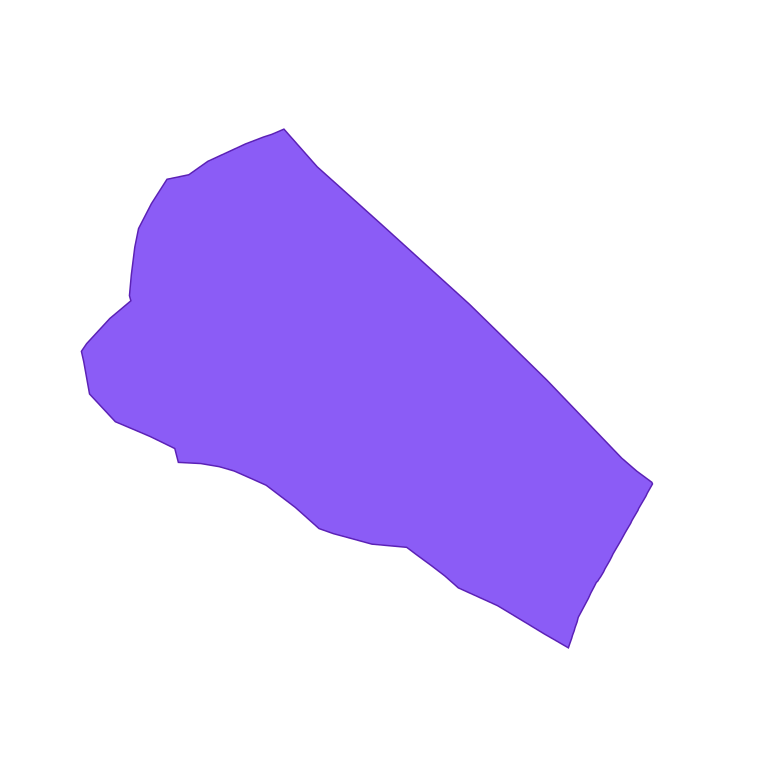 Reduit Orchard, Gros Islet, Saint Lucia, rotated 120°
{"feature_id": "8701671B13742843200127", "entity_name": "Reduit Orchard", "entity_type": "district", "adm_level": 2, "iso_a3": "LCA", "parent_name": "Saint Lucia", "parent_adm1": "Gros Islet", "projection": "equal_earth", "projection_center": [-60.953, 14.066], "detail": "fine", "context": "isolated", "style": "filled", "palette": "violet", "viewbox_px": 768, "rotation_deg": 120, "n_neighbors": 0, "source": "geoboundaries", "source_scale": "gbopen_adm2", "svg_char_len": 1168}
<svg xmlns="http://www.w3.org/2000/svg" viewBox="0 0 768 768"><g transform="rotate(120 384 384)"><path d="M335.2,102.9L333.1,121.5L329.3,141.3L299.3,244.6L288.2,287.8L284.4,302.4L272.2,350.0L247.9,462.3L243.0,485.4L241.1,494.3L229.3,550.5L213.3,598.1L224.0,606.1L230.3,611.8L245.2,623.9L279.2,647.9L300.4,657.7L315.2,674.3L344.0,675.6L372.1,674.3L390.2,668.2L415.8,657.4L434.8,648.6L438.5,644.8L464.3,654.2L497.7,661.7L507.0,662.4L514.8,655.2L539.9,634.0L551.0,597.8L546.4,560.3L544.5,532.9L554.7,522.9L544.5,502.9L538.0,485.4L534.3,470.4L532.4,452.9L530.6,435.5L535.2,399.2L541.7,368.0L538.9,353.0L528.7,314.3L514.1,282.7L515.5,271.3L517.8,250.6L519.8,235.4L523.4,217.7L519.2,174.9L519.8,143.2L520.3,120.4L520.3,95.1L520.3,92.4L516.4,93.2L510.4,94.3L507.3,95.1L502.6,95.9L499.6,96.7L493.5,97.8L489.0,99.1L467.5,99.8L461.5,100.4L455.4,100.6L449.7,100.9L447.6,100.3L445.9,100.3L442.7,100.0L437.0,99.9L433.6,100.2L424.2,100.2L420.0,100.4L416.6,100.7L402.3,100.6L392.5,100.8L389.6,100.8L381.3,100.7L378.5,101.0L376.2,101.0L366.4,100.9L364.7,101.2L361.4,101.2L350.1,101.1L346.9,101.4L336.3,101.5L335.2,102.9Z" fill="#8b5cf6" stroke="#5b21b6" stroke-width="1.5"/></g></svg>